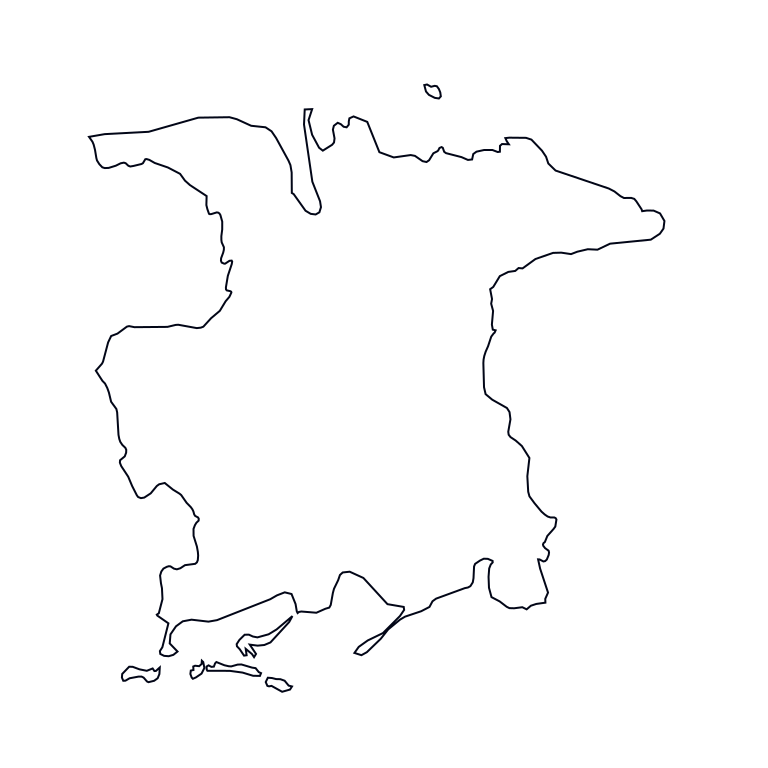 an SVG outline of Matanzas, rotated 172°
{"feature_id": "CUB-1430", "entity_name": "Matanzas", "entity_type": "Province", "adm_level": 1, "iso_a3": "CUB", "parent_name": "Cuba", "parent_adm1": "", "projection": "equal_earth", "projection_center": [-81.101, 22.655], "detail": "fine", "context": "isolated", "style": "outline", "palette": "ink", "viewbox_px": 768, "rotation_deg": 172, "n_neighbors": 0, "source": "natural_earth", "source_scale": "10m", "svg_char_len": 6161}
<svg xmlns="http://www.w3.org/2000/svg" viewBox="0 0 768 768"><g transform="rotate(172 384 384)"><path d="M254.6,145.0L263.8,145.0L269.4,144.0L274.1,141.0L278.1,143.7L286.3,143.8L291.0,144.6L293.5,146.3L299.7,152.6L307.2,158.0L308.4,167.6L307.3,178.5L305.5,186.7L303.4,190.4L301.2,192.2L301.1,193.7L305.5,196.4L309.5,197.1L313.5,195.8L318.8,193.2L320.2,190.8L322.4,179.2L323.7,175.2L326.6,171.8L329.2,170.8L332.4,170.6L362.3,164.2L366.2,162.1L370.0,156.9L378.8,153.8L395.5,150.7L400.8,148.5L414.0,140.4L422.6,132.2L438.3,120.8L444.1,118.6L450.7,121.8L445.6,127.2L435.8,132.3L419.7,137.5L400.5,152.0L395.5,157.5L395.5,160.5L411.2,165.5L431.4,194.8L444.1,202.9L451.1,203.1L454.2,201.0L456.7,196.1L462.0,188.2L463.7,184.2L467.5,172.6L469.3,170.2L473.3,169.6L482.8,166.9L497.5,170.2L500.0,170.1L501.4,169.2L502.0,170.9L502.2,178.4L504.8,188.9L511.3,191.5L519.4,189.6L526.6,186.7L582.2,173.4L590.9,173.1L607.4,177.4L616.3,177.0L623.7,173.0L630.3,165.8L632.3,156.9L625.7,147.8L630.3,145.1L635.1,144.4L639.6,145.4L643.1,147.8L643.1,150.7L640.1,154.2L630.8,177.0L640.7,186.2L641.1,187.2L638.9,188.3L633.3,201.8L632.3,212.7L632.6,217.6L632.4,225.5L630.6,229.3L628.1,231.9L624.5,233.2L622.4,233.5L620.8,233.1L617.7,230.4L614.9,229.3L611.3,229.9L606.3,232.3L596.0,232.2L594.1,233.4L592.9,235.5L591.9,240.0L591.7,243.7L591.9,249.1L593.7,260.1L592.8,267.0L590.9,270.5L589.1,272.7L586.6,274.5L586.2,276.3L586.7,277.7L589.4,279.7L590.1,281.3L590.5,284.4L591.2,286.6L592.4,288.9L596.0,293.8L600.3,302.3L601.8,303.9L607.7,308.8L614.9,316.5L620.6,316.0L623.2,314.6L630.2,308.2L637.2,304.9L640.6,304.8L643.2,306.3L644.2,308.1L647.6,318.0L650.2,327.8L655.6,339.2L656.5,342.8L656.0,345.2L650.8,348.4L648.9,351.9L648.4,354.7L649.0,356.8L651.6,360.1L653.2,363.4L653.8,366.5L654.0,370.6L652.2,393.0L652.5,396.5L656.7,404.4L657.6,413.8L658.6,418.6L660.2,423.3L662.4,426.3L667.5,437.3L660.4,443.4L659.1,445.3L651.4,463.6L647.5,469.5L640.9,471.0L630.6,476.6L628.4,476.8L623.2,475.0L590.5,470.7L582.1,471.5L579.5,471.3L561.6,465.4L557.6,465.3L554.9,465.9L546.1,473.2L536.4,479.3L529.3,488.0L525.0,491.8L522.4,495.8L522.5,496.7L523.5,497.4L526.7,498.6L527.3,499.7L527.1,501.7L523.6,512.8L518.1,523.9L517.3,526.4L517.7,527.4L519.9,527.5L524.5,525.3L525.5,525.4L527.8,526.8L528.3,528.7L527.8,531.2L525.0,536.4L523.9,539.2L523.5,541.7L525.0,546.8L525.0,549.2L524.5,553.0L522.7,559.6L521.6,567.3L522.5,574.1L523.2,575.7L524.2,576.7L525.7,577.2L531.4,576.3L532.8,576.4L533.6,576.9L534.6,581.9L535.0,585.9L533.5,594.8L548.5,608.0L552.8,613.1L556.7,620.5L567.9,628.5L580.3,634.8L585.2,638.6L587.8,639.8L589.1,639.8L592.0,636.2L593.5,635.6L601.7,634.8L605.0,634.7L606.8,635.7L609.1,638.6L610.8,639.4L614.1,639.2L619.2,637.5L626.6,636.3L630.5,636.7L632.8,637.8L635.3,641.3L637.1,645.3L637.4,647.8L637.6,656.1L638.2,661.5L639.0,664.5L641.7,669.8L625.8,670.3L582.0,666.5L530.8,673.6L499.9,669.7L492.9,666.7L479.6,658.2L465.6,654.7L460.2,649.9L456.6,642.6L447.5,618.5L446.2,613.8L446.0,606.3L448.7,586.0L447.0,584.6L437.6,566.5L432.9,562.7L428.1,561.4L424.1,563.0L421.8,567.9L421.9,573.9L426.8,594.3L427.1,652.1L424.3,666.9L416.9,666.2L422.0,655.8L420.5,640.8L415.4,627.0L412.1,623.6L402.1,628.1L399.9,630.1L398.8,634.1L399.2,643.0L397.7,646.7L393.5,649.1L390.6,647.3L388.2,644.4L385.3,643.4L382.8,645.7L382.3,649.0L381.3,651.9L376.9,653.2L364.1,645.9L356.3,614.2L342.8,607.0L325.7,607.0L321.6,605.6L314.8,599.3L311.0,597.9L308.2,599.3L303.0,605.6L298.9,607.0L297.9,607.6L296.2,610.0L294.0,610.6L292.9,609.7L292.1,605.6L290.5,604.0L275.7,597.9L269.7,594.2L265.5,594.1L263.6,599.3L260.1,601.2L252.3,601.8L244.0,600.6L239.1,597.9L236.9,597.9L236.0,603.7L233.7,605.2L227.0,604.0L228.6,607.2L229.6,610.6L225.7,610.5L209.1,608.0L204.0,605.5L195.1,593.1L191.9,586.5L190.6,579.5L184.4,571.5L134.2,546.3L129.0,542.6L123.7,537.1L120.5,534.8L113.4,533.9L110.4,532.5L108.7,529.8L104.6,521.1L104.3,519.2L99.5,519.2L92.9,518.2L86.9,514.5L83.6,506.4L85.6,499.0L89.9,494.4L99.7,489.8L140.6,491.5L153.9,487.3L163.4,489.1L174.2,488.1L180.7,486.6L190.2,489.4L198.3,490.3L216.6,486.7L230.7,479.2L234.6,480.1L238.3,477.7L245.3,477.7L254.3,474.7L262.3,464.9L265.7,463.1L265.2,453.1L266.7,448.6L265.8,441.2L268.9,427.8L268.7,422.7L266.0,421.6L267.3,419.5L268.4,418.8L271.2,416.0L275.7,406.9L278.8,401.9L280.8,397.8L282.0,394.3L282.7,390.9L285.4,366.9L284.8,359.8L279.0,353.4L265.6,343.1L263.6,338.7L263.7,331.4L267.6,319.4L267.6,316.4L266.1,313.8L261.5,309.7L256.1,303.4L250.3,290.5L254.9,272.7L256.2,257.2L255.6,252.5L251.5,244.9L245.8,235.7L243.0,232.4L240.4,230.0L237.8,228.7L233.9,228.1L232.7,227.3L232.1,225.8L234.2,219.0L236.2,216.9L243.4,210.8L246.7,205.1L248.1,204.3L248.9,203.0L248.8,201.6L247.3,199.0L244.2,196.0L244.0,194.2L244.7,191.8L247.2,187.5L249.1,186.2L250.9,186.1L254.3,188.6L255.8,188.9L255.1,179.5L250.6,154.6L254.2,148.8L254.6,145.0ZM557.8,134.5L560.4,134.5L563.8,141.5L566.1,144.7L566.1,146.9L562.8,150.7L556.9,155.1L552.7,154.6L549.0,152.2L544.6,150.7L533.1,152.2L524.5,155.9L507.0,166.9L511.0,161.5L532.4,143.9L538.8,142.2L545.6,142.5L553.2,144.6L548.3,134.5L550.7,131.6L552.3,134.9L557.8,141.0L557.8,134.5ZM676.9,128.0L681.3,126.2L683.5,126.4L684.4,129.8L683.6,133.3L675.7,139.5L672.2,138.9L665.9,135.5L658.8,133.0L652.7,134.5L651.3,131.7L649.8,131.6L645.5,134.5L646.8,128.0L649.1,124.1L652.9,122.1L658.7,121.5L660.1,122.4L662.9,126.7L664.8,128.0L667.9,128.4L676.9,128.0ZM576.6,121.4L598.8,124.6L599.3,125.9L599.0,128.9L596.9,129.8L594.3,127.9L591.8,127.8L590.2,130.8L588.7,132.0L581.2,127.7L577.0,126.1L574.6,125.6L568.0,126.5L564.2,126.1L554.1,121.5L550.7,120.5L548.1,116.1L546.0,114.8L547.5,112.2L554.3,113.3L564.2,117.9L576.6,121.4ZM539.9,100.6L541.5,101.3L542.6,105.3L539.9,109.3L535.8,108.4L531.9,106.8L527.7,106.1L523.7,104.0L520.4,98.6L517.2,97.3L519.6,94.5L527.7,93.4L537.4,100.7L539.9,100.6ZM299.3,664.1L301.7,667.8L302.5,674.4L299.7,674.6L296.0,671.8L292.3,672.2L290.2,671.5L288.6,668.5L287.7,664.9L287.7,660.9L289.9,659.1L293.9,660.3L299.3,664.1ZM614.3,118.7L615.3,120.1L616.1,123.8L615.2,127.1L612.5,127.3L612.2,130.8L610.3,131.3L606.3,130.3L603.6,132.1L602.9,135.3L601.7,133.8L601.4,127.8L605.0,122.6L611.1,119.6L614.3,118.7Z" fill="none" stroke="#020617" stroke-width="2"/></g></svg>